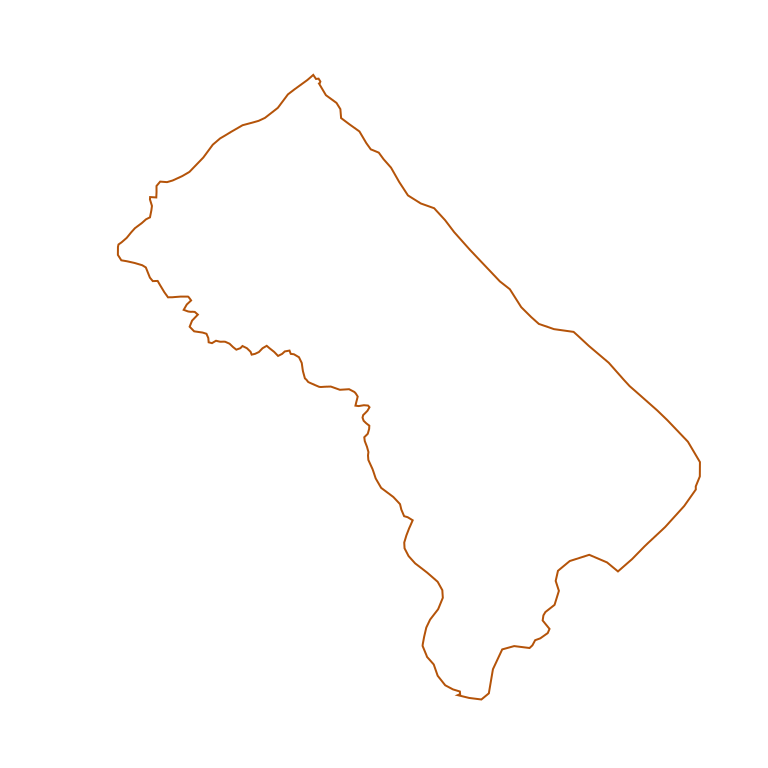 Nyenebo, River Gee, Liberia, rotated 44°
{"feature_id": "62588387B68728641169413", "entity_name": "Nyenebo", "entity_type": "district", "adm_level": 2, "iso_a3": "LBR", "parent_name": "Liberia", "parent_adm1": "River Gee", "projection": "albers", "projection_center": [-7.727, 4.898], "detail": "fine", "context": "isolated", "style": "outline", "palette": "amber", "viewbox_px": 768, "rotation_deg": 44, "n_neighbors": 0, "source": "geoboundaries", "source_scale": "gbopen_adm2", "svg_char_len": 3329}
<svg xmlns="http://www.w3.org/2000/svg" viewBox="0 0 768 768"><g transform="rotate(44 384 384)"><path d="M653.2,556.6L663.3,550.7L673.2,543.3L674.3,533.7L660.5,513.5L653.4,492.8L659.7,482.1L672.1,472.8L672.3,468.9L670.7,463.3L673.1,458.4L674.8,449.4L673.2,445.2L662.4,443.9L659.4,439.7L658.5,435.9L660.1,424.4L653.5,411.3L644.3,406.4L638.9,397.5L640.6,382.3L650.3,364.3L668.4,357.4L682.5,356.3L684.1,337.6L684.2,320.0L684.4,314.7L685.6,291.6L684.7,263.2L681.6,243.3L679.4,241.1L675.4,231.1L665.5,220.7L654.3,217.6L642.7,214.4L613.1,213.2L599.0,213.2L569.8,214.5L562.2,214.9L553.7,214.4L530.9,212.6L504.9,214.3L489.7,214.6L484.2,214.8L468.1,226.5L463.9,228.4L453.7,233.2L443.4,233.6L429.3,233.4L408.7,228.4L396.1,229.7L352.7,227.8L328.9,226.0L314.1,223.7L300.6,222.9L298.0,222.7L285.0,228.6L270.2,231.7L254.5,228.1L238.8,223.5L227.6,222.6L219.5,221.2L213.4,223.6L211.5,224.4L203.9,223.0L190.9,219.4L178.8,221.2L168.4,222.5L161.7,216.6L154.6,214.8L141.6,216.6L128.5,213.0L128.8,212.1L128.1,210.6L124.8,209.8L123.2,211.8L118.4,210.8L118.1,214.4L117.7,218.6L114.9,234.4L113.7,242.4L115.8,259.1L114.0,271.8L113.5,275.3L111.0,281.8L108.1,286.8L102.5,296.1L98.8,309.0L97.1,315.5L95.5,321.2L94.6,330.8L96.7,346.6L96.7,365.4L96.7,366.6L94.4,374.7L90.6,384.4L87.7,389.5L82.4,393.9L82.8,399.6L87.0,403.9L90.6,408.0L85.9,412.0L87.4,413.8L93.4,417.1L96.1,420.8L99.9,426.7L99.4,428.0L98.4,430.9L98.0,436.4L96.6,444.9L96.8,450.6L97.4,457.6L96.8,464.4L96.1,468.1L97.4,470.2L102.9,476.0L109.1,477.5L113.8,474.3L120.5,470.2L127.6,466.5L131.7,465.6L141.7,470.1L146.2,470.6L148.9,467.8L149.6,467.1L154.1,468.4L162.4,470.6L166.9,471.4L168.4,471.7L171.6,468.5L172.9,467.0L176.9,462.5L182.3,457.3L183.1,457.2L185.8,457.6L187.2,457.9L186.9,463.8L188.4,469.8L192.7,467.9L194.1,466.9L195.0,466.2L195.9,465.2L197.8,463.6L201.9,463.4L201.9,471.7L204.4,477.8L210.8,478.0L212.1,477.1L217.8,473.0L221.4,471.2L225.7,473.0L228.9,475.8L231.9,474.1L232.3,472.5L233.1,469.6L236.0,467.9L236.8,467.4L239.6,464.6L240.5,463.9L244.9,462.3L249.6,462.3L253.9,461.9L255.8,458.0L255.8,455.0L260.5,453.5L261.3,453.5L265.6,453.5L268.4,454.8L270.3,451.9L271.8,447.9L271.8,442.6L273.1,438.0L276.7,437.8L282.7,437.2L288.3,437.4L289.8,433.1L290.0,429.5L292.8,425.6L295.1,426.7L296.0,427.1L298.5,425.2L300.1,424.8L303.5,424.0L304.2,423.8L310.2,426.0L315.2,429.9L316.8,431.1L323.2,434.9L325.2,434.8L327.2,435.1L328.3,435.2L335.1,432.7L339.3,431.1L340.7,430.0L343.5,426.9L347.5,422.8L356.3,418.8L362.5,412.0L368.3,410.3L370.2,410.4L373.8,411.3L375.3,413.9L377.0,416.9L378.5,419.4L381.1,417.5L384.3,413.2L387.5,410.6L389.7,410.8L390.7,414.7L390.7,417.7L390.6,420.8L391.9,423.1L394.9,424.6L398.5,424.6L402.4,424.2L404.5,426.6L406.9,431.1L406.8,436.0L409.8,438.4L415.4,441.0L420.1,443.8L422.1,446.5L425.5,449.5L434.9,453.2L437.3,454.4L443.6,457.7L454.1,460.7L469.2,458.8L479.0,459.3L483.7,462.3L490.3,465.1L493.5,463.4L499.3,462.1L501.5,468.0L502.3,470.3L505.3,477.4L506.7,480.1L508.7,484.0L512.9,487.9L521.2,490.7L531.0,491.4L537.9,490.6L546.2,489.7L557.6,489.1L560.0,489.0L568.2,491.5L569.2,491.8L571.8,494.2L574.8,496.9L578.8,506.9L579.4,508.5L580.0,514.1L580.8,521.4L583.6,529.8L588.5,538.0L592.6,544.2L593.7,545.6L603.1,549.7L604.5,550.4L614.6,551.2L625.3,556.6L637.3,558.2L645.7,555.8L652.2,552.5L654.2,554.2L653.2,556.6Z" fill="none" stroke="#b45309" stroke-width="2"/></g></svg>